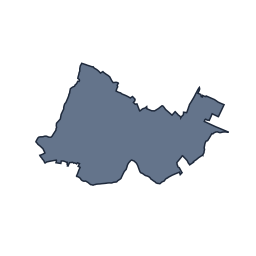 Boianu Mare, Bihor, Romania (Albers equal-area conic projection), rotated 132°
{"feature_id": "2599482B10353811537276", "entity_name": "Boianu Mare", "entity_type": "district", "adm_level": 2, "iso_a3": "ROU", "parent_name": "Romania", "parent_adm1": "Bihor", "projection": "albers", "projection_center": [22.513, 47.387], "detail": "fine", "context": "isolated", "style": "filled", "palette": "slate", "viewbox_px": 256, "rotation_deg": 132, "n_neighbors": 0, "source": "geoboundaries", "source_scale": "gbopen_adm2", "svg_char_len": 5786}
<svg xmlns="http://www.w3.org/2000/svg" viewBox="0 0 256 256"><g transform="rotate(132 128 128)"><path d="M200.4,184.2L200.2,180.6L200.3,179.3L200.3,178.5L200.2,177.9L200.4,177.1L201.7,173.9L202.2,173.0L204.1,173.7L206.2,174.6L206.8,175.0L207.3,175.3L207.7,174.3L207.9,173.1L208.0,171.8L208.4,170.8L208.5,169.3L208.9,168.0L209.6,166.6L209.5,166.2L208.9,166.0L207.8,165.8L204.3,163.3L200.3,160.2L199.8,159.7L200.1,159.3L201.0,158.8L202.0,158.3L200.9,156.6L199.3,154.2L197.2,155.5L195.8,154.0L194.7,151.5L194.8,149.9L194.5,149.9L194.9,149.4L195.9,148.7L195.7,148.0L196.7,147.6L196.4,147.1L192.9,148.3L191.8,147.3L190.5,146.1L190.4,144.8L189.9,144.7L189.1,142.9L189.0,142.1L188.3,142.2L187.7,142.3L186.9,140.2L188.7,139.7L189.9,139.3L189.7,138.9L189.6,138.5L189.3,137.5L189.3,137.2L192.0,136.4L195.7,134.9L198.2,134.1L198.3,133.6L197.7,132.6L197.5,131.8L197.4,130.6L197.3,129.6L197.6,128.9L197.8,128.0L197.7,126.8L197.4,125.9L197.0,125.1L195.9,124.1L195.6,123.3L195.5,122.5L195.2,121.1L195.2,119.9L195.1,117.9L194.7,117.5L194.3,116.6L193.8,115.7L193.5,115.5L192.8,115.2L192.1,114.6L191.0,114.0L189.8,112.9L188.4,111.5L187.0,110.3L184.3,107.8L182.6,106.4L181.3,105.2L180.6,104.3L179.9,103.5L179.2,103.0L178.5,102.7L177.7,102.2L177.0,101.5L176.2,100.8L175.7,100.4L175.1,100.3L174.3,100.4L173.4,100.2L171.2,99.6L170.1,99.5L169.0,99.9L167.3,100.4L165.7,100.9L163.1,101.6L161.9,101.7L160.6,101.7L159.9,101.7L159.1,102.1L157.9,102.6L157.1,103.0L156.4,103.4L155.3,103.8L153.4,104.2L152.3,104.2L151.1,104.2L150.3,104.2L149.4,103.9L149.1,103.2L148.9,102.5L148.4,101.1L148.5,100.2L148.5,99.0L148.5,98.2L149.4,95.7L151.4,92.0L152.5,89.8L152.7,88.5L152.1,86.9L151.8,84.0L151.6,83.1L151.1,82.1L150.6,81.1L150.4,80.2L150.2,79.3L150.2,78.4L150.5,77.2L150.6,76.7L150.4,75.8L150.2,73.4L150.0,72.4L149.9,71.8L149.9,71.6L150.0,71.1L150.0,70.4L149.5,69.2L149.2,68.7L148.8,68.2L148.3,67.3L148.0,67.1L147.9,67.0L147.8,66.9L146.0,66.8L145.0,66.5L144.6,66.3L143.9,66.0L143.5,65.8L143.0,65.6L142.7,65.7L142.3,65.7L141.5,65.9L141.1,65.9L140.4,65.8L139.9,65.8L139.6,65.7L139.3,65.5L139.1,65.4L138.8,65.2L138.4,65.1L138.0,65.2L133.5,63.6L130.0,62.0L126.4,60.2L127.7,58.0L125.0,57.9L124.7,59.1L124.0,61.0L123.5,62.4L123.3,63.0L123.2,63.6L123.5,64.1L123.5,64.6L123.3,65.3L122.8,65.9L122.5,66.7L122.1,67.3L121.6,67.8L121.0,68.6L120.4,68.6L117.3,68.7L113.7,68.9L112.3,69.1L112.1,68.4L112.2,67.8L112.3,66.4L112.4,64.8L112.6,62.9L112.6,62.2L112.8,61.8L113.1,61.2L113.3,60.6L113.6,59.9L113.7,59.5L113.8,59.2L113.9,58.3L114.1,57.5L109.6,56.4L109.5,56.8L107.9,56.6L106.0,56.1L104.0,55.8L102.9,55.7L100.7,55.1L99.1,54.7L98.3,54.5L98.3,54.0L97.3,54.6L96.9,54.7L95.9,54.9L95.4,55.1L95.1,55.3L94.5,55.8L93.9,56.1L92.8,56.7L92.3,57.3L92.1,57.7L91.8,58.1L90.7,58.8L89.2,59.7L88.5,60.2L87.3,60.7L86.6,60.9L85.8,61.2L85.2,61.1L84.7,60.6L83.9,60.4L82.9,60.6L81.1,60.9L79.0,61.3L77.3,61.7L76.1,61.9L75.8,61.2L75.6,61.0L74.3,60.9L73.5,60.6L72.3,60.1L71.0,59.0L70.8,58.3L70.0,56.6L69.2,55.9L68.2,55.3L67.8,55.0L66.8,54.1L66.1,53.4L65.2,52.3L64.7,51.3L63.7,50.3L66.8,59.2L68.4,63.7L72.1,75.6L71.5,75.7L71.2,76.0L71.0,76.3L70.7,76.3L70.1,76.4L69.6,76.3L69.4,76.1L69.3,75.4L69.2,74.7L69.0,74.2L68.7,73.9L68.3,73.4L68.0,72.7L63.9,74.0L61.1,75.0L60.7,73.6L60.3,72.2L59.8,70.6L59.6,69.9L59.5,69.5L59.4,69.0L59.1,68.4L52.7,70.3L46.4,72.2L47.6,75.6L48.1,77.2L48.5,78.6L48.7,80.5L49.0,82.7L50.4,86.9L51.9,91.3L52.5,91.1L52.9,91.5L53.3,92.5L53.9,94.4L54.1,94.3L54.6,93.9L55.0,93.5L55.3,93.5L55.4,94.0L55.6,94.4L55.7,94.6L54.4,96.3L54.8,97.6L55.4,99.3L52.6,100.1L51.1,100.8L50.6,101.4L50.1,102.1L50.3,102.1L50.7,102.1L50.9,102.0L51.2,102.0L51.8,101.9L53.2,101.6L54.7,101.2L55.4,101.0L57.7,100.5L58.9,100.1L61.9,99.4L66.5,98.5L69.5,98.0L70.4,97.5L72.0,96.9L73.0,96.4L76.7,94.9L77.4,94.7L77.7,95.3L79.1,97.3L79.9,96.6L80.4,96.2L80.7,96.0L81.2,95.8L81.5,95.8L82.0,95.7L83.4,95.9L85.0,95.6L84.9,95.7L84.8,95.9L84.7,96.1L84.6,96.7L84.5,97.3L84.6,98.3L84.7,99.3L84.7,99.7L84.6,100.1L84.6,100.4L84.5,100.8L84.5,102.0L84.4,102.7L84.3,103.4L84.3,103.9L89.0,103.9L89.1,112.4L88.5,115.2L88.3,116.7L88.7,117.6L90.8,118.0L93.2,118.4L97.5,119.7L99.4,122.0L100.0,123.8L101.1,127.0L100.3,127.6L99.6,128.4L101.7,128.7L103.6,129.8L104.6,130.1L105.8,130.3L106.9,130.4L107.5,130.8L104.1,137.5L105.5,138.5L105.4,139.6L105.5,141.0L104.3,141.2L103.4,141.1L103.1,141.1L102.8,141.5L102.5,141.9L101.9,142.0L101.6,145.7L102.3,145.9L103.3,146.2L104.1,146.3L104.9,149.8L105.4,151.5L106.1,153.5L106.7,155.1L106.8,156.0L106.9,157.1L107.3,157.9L107.8,158.9L108.5,161.6L107.3,162.2L105.9,162.8L104.3,163.2L103.6,164.5L102.4,164.9L101.2,165.1L101.1,165.5L101.2,165.8L101.4,166.4L101.7,167.0L102.2,167.7L102.5,167.9L103.4,168.7L104.2,169.4L103.7,171.9L103.1,173.4L102.2,175.8L102.3,178.1L102.6,179.7L103.0,183.2L102.9,184.4L105.6,185.2L105.4,187.7L105.4,188.7L105.5,190.4L105.7,191.4L106.1,193.2L105.8,194.9L106.4,195.4L106.7,196.0L107.7,198.3L108.6,200.3L109.2,201.9L110.9,205.7L112.2,205.3L113.5,205.1L114.6,204.5L116.1,203.6L118.0,201.9L119.5,201.4L121.5,200.2L123.4,199.3L124.7,198.5L124.6,197.6L124.6,196.6L125.1,195.9L125.6,195.6L126.2,195.6L126.7,196.5L127.7,196.4L128.8,196.0L130.0,195.9L131.6,196.1L132.4,195.7L132.9,195.7L134.3,196.4L135.0,196.6L135.8,196.8L137.4,197.1L140.7,195.1L140.9,194.8L142.5,194.4L143.8,193.6L145.9,192.8L149.1,191.7L150.7,191.2L152.1,191.2L152.9,191.0L154.6,190.2L155.9,189.4L156.9,188.5L162.6,186.8L166.6,184.3L169.3,184.3L171.7,184.3L172.3,184.3L173.4,183.5L174.2,182.9L174.8,182.2L175.4,181.4L176.4,181.1L176.8,180.9L177.9,180.1L182.4,179.4L184.5,179.0L185.8,178.9L186.6,179.3L187.2,180.0L187.8,180.7L188.1,181.6L188.4,182.4L188.5,182.9L189.2,183.8L189.8,184.4L190.6,184.9L191.3,185.3L191.9,185.8L193.0,187.0L194.3,188.1L195.8,188.3L199.5,187.4L199.9,187.2L200.2,184.7L200.4,184.2Z" fill="#64748b" stroke="#1e293b" stroke-width="1.5"/></g></svg>